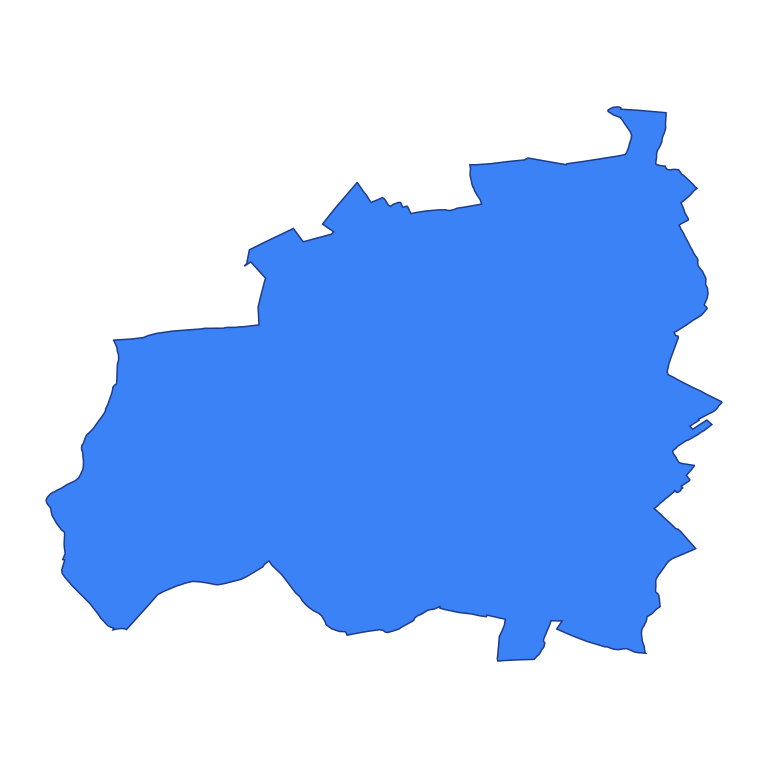 Sauca, Satu Mare, Romania
{"feature_id": "2599482B69932192644712", "entity_name": "Sauca", "entity_type": "district", "adm_level": 2, "iso_a3": "ROU", "parent_name": "Romania", "parent_adm1": "Satu Mare", "projection": "equal_earth", "projection_center": [22.498, 47.458], "detail": "fine", "context": "isolated", "style": "filled", "palette": "blue", "viewbox_px": 768, "rotation_deg": 0, "n_neighbors": 0, "source": "geoboundaries", "source_scale": "gbopen_adm2", "svg_char_len": 6077}
<svg xmlns="http://www.w3.org/2000/svg" viewBox="0 0 768 768"><path d="M645.7,653.2L645.1,652.3L644.8,650.7L644.6,650.2L644.3,646.6L642.3,641.2L641.4,633.2L641.7,630.4L642.0,629.4L642.4,628.2L644.4,625.0L646.2,621.1L646.8,619.0L646.9,616.9L652.1,613.6L656.5,609.1L660.1,606.7L659.3,598.5L658.8,595.4L657.8,593.8L655.9,592.2L655.6,591.5L655.7,588.3L655.9,585.9L655.7,581.0L656.3,578.7L658.8,574.6L660.0,573.2L666.6,563.7L667.9,562.1L669.3,560.7L672.3,558.7L674.4,557.7L684.1,553.7L695.7,548.6L680.4,531.2L678.0,529.2L675.7,528.6L670.3,523.3L663.6,517.3L660.9,514.5L654.2,508.6L658.4,505.2L660.1,503.3L663.3,500.8L664.9,499.1L667.4,497.3L674.4,491.5L674.8,490.6L676.0,491.9L677.0,492.4L678.0,492.3L680.4,490.8L680.7,490.4L680.6,489.8L680.8,489.4L682.8,487.9L681.2,486.2L688.1,481.7L689.4,480.6L689.9,479.8L686.4,475.3L691.1,470.1L692.2,468.6L694.2,466.2L694.2,465.4L682.5,463.6L680.3,463.0L679.1,462.4L678.4,461.8L676.4,458.4L676.2,457.6L673.5,453.9L673.0,452.8L672.7,451.2L673.9,449.8L676.1,448.0L676.1,447.7L677.8,446.1L686.9,440.2L688.2,440.1L697.7,434.7L700.9,432.3L704.2,430.5L711.9,424.5L706.8,420.1L698.7,425.2L692.7,429.3L689.9,426.1L699.2,420.2L698.5,419.1L701.2,417.9L709.5,413.4L712.0,412.4L714.5,410.7L716.6,409.0L716.7,408.5L717.5,407.9L718.6,405.8L720.6,404.1L721.9,402.3L721.4,401.6L718.1,400.0L705.6,393.8L700.6,391.0L693.9,388.0L682.9,382.4L677.5,379.6L674.1,377.6L668.0,374.6L667.2,371.4L669.0,363.6L670.8,358.1L678.3,337.8L678.1,336.2L676.2,335.7L675.4,335.1L674.1,332.4L675.8,331.6L686.3,325.1L692.0,321.0L701.2,315.3L703.2,313.3L707.2,308.6L706.6,307.2L704.6,305.5L704.4,305.0L704.4,304.5L707.0,298.6L708.0,293.8L707.5,288.7L707.3,287.7L705.6,284.5L705.8,281.4L705.9,278.7L705.5,277.4L704.4,275.4L702.6,271.5L698.6,266.4L697.9,265.0L697.7,261.8L698.0,260.4L697.3,258.3L695.7,256.2L693.7,253.1L692.3,250.0L690.2,246.6L688.8,243.4L685.8,238.0L683.3,232.9L681.0,229.1L680.0,226.8L679.0,225.2L681.3,223.7L688.3,220.0L688.3,219.0L688.0,218.3L684.8,212.6L683.9,209.6L682.2,205.2L680.8,203.0L684.0,200.5L690.5,194.8L694.3,190.3L697.1,188.5L696.5,187.7L695.8,187.7L693.1,184.4L683.9,175.6L682.6,174.7L681.9,174.5L678.6,169.7L674.0,169.3L670.3,169.8L668.3,169.8L667.1,169.3L665.9,167.9L665.1,166.1L660.8,165.7L655.8,164.2L655.8,162.7L656.6,156.6L656.6,154.3L656.9,152.2L658.0,149.4L659.6,146.9L660.8,144.4L661.8,141.7L662.2,138.4L663.2,135.4L664.2,133.3L665.5,128.8L665.7,127.3L665.5,125.1L665.6,121.5L666.1,115.2L666.0,112.7L637.2,110.2L620.8,109.2L620.9,107.9L619.6,107.1L617.6,106.9L613.1,107.3L609.5,109.1L608.0,110.1L608.1,111.5L613.7,115.1L620.7,117.6L620.9,118.3L622.7,120.6L624.0,122.8L630.2,131.6L631.6,135.2L631.2,138.6L629.5,143.6L628.7,147.0L626.8,152.1L625.3,154.5L617.4,156.1L584.4,161.3L567.3,163.7L566.4,164.0L566.1,164.7L527.9,158.0L527.4,158.4L525.4,159.2L524.6,159.9L508.4,161.5L490.6,163.7L476.7,164.7L469.8,164.8L470.5,168.6L470.1,173.6L470.2,176.0L471.3,180.6L471.9,184.0L473.0,187.3L473.8,188.4L474.8,191.2L476.3,193.6L477.2,195.3L480.0,199.4L481.7,204.1L462.1,207.5L457.1,208.2L455.0,209.2L450.8,210.4L448.1,210.5L445.7,209.8L439.6,209.8L425.7,211.0L416.3,212.5L410.9,213.6L407.7,206.8L407.1,206.2L405.3,206.5L403.9,207.0L403.0,207.1L402.4,206.9L401.3,203.6L400.4,202.5L398.5,202.4L393.6,204.2L393.0,204.4L390.4,206.5L388.4,205.0L385.2,200.0L384.0,198.6L382.4,197.6L378.3,199.5L372.5,201.8L371.7,202.5L370.8,202.1L369.0,199.4L366.6,195.3L363.7,191.9L357.5,182.8L357.1,182.6L335.3,208.0L322.5,224.1L333.8,231.9L331.3,234.2L303.2,241.8L293.4,228.5L265.3,241.9L249.4,249.8L246.7,263.4L246.2,264.2L244.7,265.5L244.9,265.8L250.8,261.9L265.7,278.4L264.8,280.4L260.8,295.7L258.1,307.1L259.0,324.9L244.8,326.6L238.7,326.9L237.0,327.3L227.0,327.4L223.1,328.2L204.3,328.3L202.3,328.8L172.4,331.1L156.5,333.4L148.2,335.6L143.2,337.6L131.4,339.0L113.7,340.1L113.2,339.8L114.1,341.1L116.8,347.2L117.4,351.3L118.5,354.8L118.7,359.0L118.3,361.0L117.6,363.2L117.2,366.7L116.9,378.9L116.6,382.9L116.2,384.2L114.3,385.3L113.5,386.4L112.7,387.8L112.6,389.6L111.8,393.1L107.7,404.8L105.6,408.9L105.6,409.9L105.1,411.5L104.0,413.5L99.8,419.5L98.5,421.1L93.9,427.7L91.5,430.5L86.6,435.0L85.4,437.6L83.4,443.2L81.8,445.6L81.5,448.2L81.7,449.8L82.5,451.7L82.7,453.1L83.5,461.9L83.3,465.9L83.0,468.6L82.6,469.9L80.6,474.3L79.0,477.3L77.7,478.6L75.8,480.3L73.9,481.4L66.9,484.6L61.1,488.4L57.1,490.1L54.5,491.9L52.6,492.4L51.7,493.2L50.7,493.7L48.5,496.0L47.3,497.5L46.1,500.0L46.4,501.8L46.9,503.1L47.6,504.3L50.0,507.2L50.9,509.0L51.1,511.2L52.0,515.2L56.6,523.4L61.8,530.2L63.3,531.1L64.4,532.5L64.6,534.3L64.4,537.3L64.1,544.3L64.4,548.3L65.2,553.5L62.7,559.5L64.7,560.0L61.7,570.1L62.2,573.4L64.7,577.1L72.7,586.3L89.8,603.4L97.9,613.8L100.9,618.2L105.6,623.3L107.5,625.3L109.0,626.3L111.0,627.2L113.6,627.9L112.8,629.9L117.2,628.9L121.4,628.5L124.6,628.7L126.4,629.6L147.1,606.7L157.7,594.6L164.1,591.2L176.6,586.0L186.6,582.8L192.7,581.4L200.3,581.9L206.9,582.9L216.0,584.7L218.4,584.7L225.3,583.4L241.0,579.3L245.6,577.2L262.8,566.9L264.1,564.8L266.7,562.4L269.0,561.0L272.1,565.4L281.4,574.3L284.9,578.7L295.7,593.0L300.0,596.8L302.0,600.3L305.5,604.4L308.4,607.0L312.5,610.0L314.6,611.3L318.6,613.2L321.8,616.0L325.3,622.0L326.0,624.6L331.5,628.7L336.5,630.5L339.6,631.5L345.3,631.7L345.9,632.5L347.1,635.2L359.3,632.8L368.0,631.3L379.7,629.7L382.9,630.3L385.3,632.1L387.7,632.5L394.0,630.7L399.0,629.0L401.7,627.1L412.5,621.2L413.9,620.0L414.5,618.3L417.0,616.1L421.5,614.1L427.5,610.4L429.9,609.7L433.8,609.1L435.4,608.6L439.9,606.5L439.9,608.1L443.0,609.1L458.9,612.5L471.8,614.0L479.8,615.8L486.4,616.7L486.9,615.1L505.5,619.3L504.8,621.9L504.4,625.1L502.2,630.5L499.4,636.3L499.1,638.7L498.6,645.6L497.6,656.5L497.2,658.5L497.9,661.1L503.8,660.6L518.7,659.8L534.1,659.4L536.8,656.3L538.9,654.6L540.4,652.5L541.6,649.7L543.8,647.2L544.8,642.9L543.5,641.1L543.7,639.0L549.7,624.8L551.1,620.7L562.1,621.0L556.7,629.0L571.9,635.6L586.3,641.2L605.2,646.9L606.5,646.8L608.4,647.2L610.6,648.2L613.0,649.0L617.7,649.7L619.5,649.5L622.8,648.9L626.0,648.6L627.9,649.1L634.3,651.9L638.2,652.7L645.7,653.2Z" fill="#3b82f6" stroke="#1e3a8a" stroke-width="1.5"/></svg>